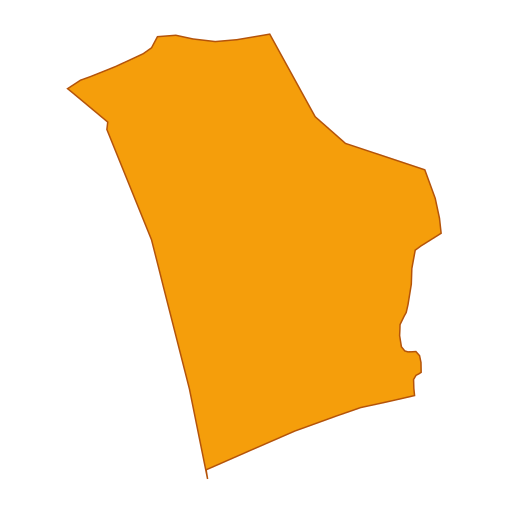 outline of Nyala Shimal, Southern Darfur, Sudan, rotated 179°
{"feature_id": "16777658B77538778882228", "entity_name": "Nyala Shimal", "entity_type": "district", "adm_level": 2, "iso_a3": "SDN", "parent_name": "Sudan", "parent_adm1": "Southern Darfur", "projection": "albers", "projection_center": [24.663, 12.429], "detail": "fine", "context": "isolated", "style": "filled", "palette": "amber", "viewbox_px": 512, "rotation_deg": 179, "n_neighbors": 0, "source": "geoboundaries", "source_scale": "gbopen_adm2", "svg_char_len": 920}
<svg xmlns="http://www.w3.org/2000/svg" viewBox="0 0 512 512"><g transform="rotate(179 256 256)"><path d="M238.4,477.6L244.8,476.6L271.3,472.6L293.0,471.1L315.2,474.1L332.3,478.1L350.7,477.0L356.8,466.0L365.3,460.2L384.7,451.6L393.6,447.7L419.1,438.0L428.3,434.9L441.5,426.6L437.8,423.5L416.6,405.2L407.7,397.5L401.9,392.5L402.9,385.1L360.2,274.1L353.7,246.6L349.2,227.2L324.9,124.3L308.3,33.9L309.6,43.1L266.8,61.0L220.3,80.3L178.8,94.5L154.1,102.6L123.5,108.7L99.9,113.7L100.5,120.8L100.6,129.8L98.1,133.9L95.1,135.4L92.9,136.8L92.9,146.6L94.2,153.5L97.8,157.7L102.1,157.5L105.8,157.5L108.9,158.5L112.2,162.7L113.8,173.9L113.4,180.4L113.2,184.9L111.4,188.4L108.8,193.5L106.8,196.9L104.9,204.6L101.2,225.1L100.4,240.8L96.7,259.1L94.5,260.6L91.2,263.0L70.5,275.5L71.9,290.6L75.8,310.5L85.7,339.2L164.6,367.0L194.4,394.2L199.6,404.0L231.4,464.3L238.4,477.6Z" fill="#f59e0b" stroke="#b45309" stroke-width="1.5"/></g></svg>